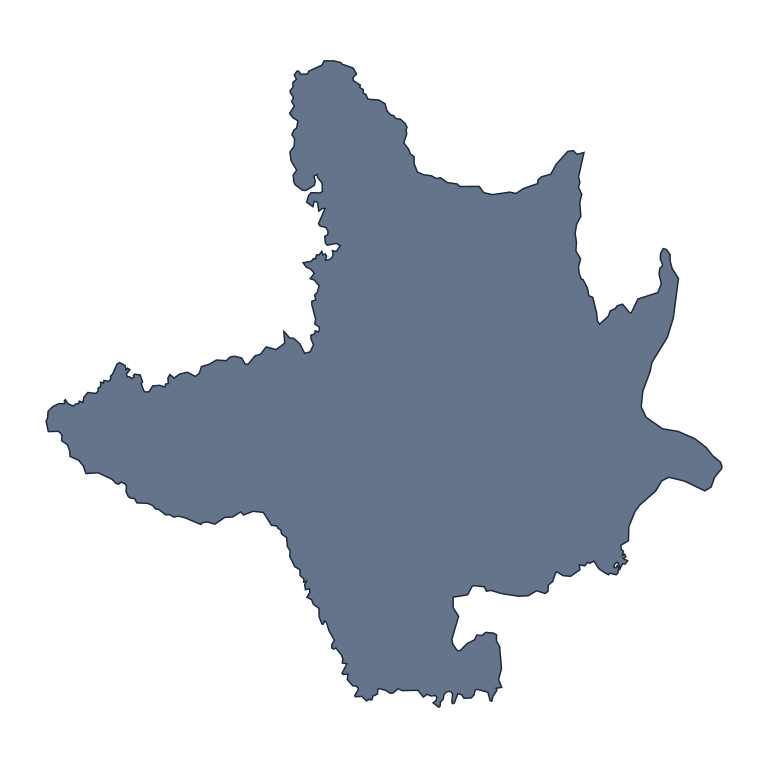 Armero, Tolima, Colombia
{"feature_id": "7082276B14946776938567", "entity_name": "Armero", "entity_type": "district", "adm_level": 2, "iso_a3": "COL", "parent_name": "Colombia", "parent_adm1": "Tolima", "projection": "robinson", "projection_center": [-74.888, 5.016], "detail": "fine", "context": "isolated", "style": "filled", "palette": "slate", "viewbox_px": 768, "rotation_deg": 0, "n_neighbors": 0, "source": "geoboundaries", "source_scale": "gbopen_adm2", "svg_char_len": 6073}
<svg xmlns="http://www.w3.org/2000/svg" viewBox="0 0 768 768"><path d="M668.9,477.3L684.3,481.0L704.8,490.9L711.1,487.1L714.7,477.0L721.6,468.8L721.9,466.0L720.4,462.1L712.7,455.8L706.1,447.4L694.8,438.7L678.2,431.4L662.5,428.8L646.0,417.2L641.2,406.8L642.8,391.3L650.1,371.6L651.9,362.5L667.4,337.2L673.3,318.0L678.5,278.6L672.1,268.4L670.1,260.8L670.2,254.7L666.3,249.4L663.2,248.6L660.5,253.7L660.3,259.0L662.5,264.2L662.0,266.5L659.9,268.1L659.0,273.9L661.3,283.9L657.8,292.6L637.9,299.0L631.2,313.0L629.4,312.5L622.6,304.2L617.1,305.8L615.3,308.6L610.2,310.9L608.3,316.2L599.6,324.2L597.4,320.8L596.6,312.9L592.8,297.4L588.9,295.8L587.4,288.0L583.0,279.5L581.5,279.2L579.2,273.6L578.5,266.8L580.6,258.9L575.9,250.9L576.5,242.3L575.1,233.5L576.7,224.0L580.8,216.4L579.8,202.2L581.8,194.3L578.5,187.3L579.9,182.1L578.5,177.2L584.0,152.5L577.0,154.3L573.3,150.6L567.8,151.4L556.1,164.4L550.8,174.2L541.5,176.8L538.1,179.8L537.6,183.6L523.8,188.4L515.9,193.5L509.9,192.1L492.7,194.6L483.8,192.7L479.2,186.4L459.8,186.5L457.3,184.0L447.4,182.6L440.5,177.8L436.3,178.5L431.5,175.8L423.6,174.7L417.4,172.0L414.1,163.7L414.1,156.8L410.2,153.7L408.7,149.3L403.8,142.8L406.7,134.2L406.1,129.5L407.1,127.3L405.0,123.3L400.3,119.1L395.9,118.6L393.7,115.7L390.2,114.5L386.8,110.4L385.1,103.8L378.8,100.0L368.1,99.2L365.8,94.4L363.1,92.9L363.3,89.6L359.7,87.5L360.3,85.1L353.4,80.6L353.1,77.5L356.5,74.1L353.3,68.1L341.9,64.1L340.8,62.5L333.7,60.9L324.2,60.8L321.9,65.2L308.6,71.2L308.2,73.2L306.7,74.0L301.0,74.4L298.7,71.2L297.0,71.1L294.3,75.0L296.4,79.4L292.9,82.4L293.0,87.2L290.2,90.5L290.2,92.6L293.5,97.5L291.6,101.6L294.4,106.0L289.6,113.3L292.7,117.6L297.9,120.8L296.7,127.9L293.9,130.1L291.9,134.7L294.6,138.9L294.1,146.3L289.9,152.1L291.1,160.8L296.7,170.3L293.2,175.0L293.8,181.9L295.2,184.8L302.4,190.2L305.8,190.5L314.3,185.4L315.3,181.3L314.0,176.1L316.9,174.4L317.7,177.6L322.0,183.0L322.4,191.2L320.5,192.9L310.9,192.7L308.4,196.0L306.7,202.3L312.9,206.7L314.3,201.2L317.5,202.3L318.8,211.1L322.5,208.4L325.0,208.6L318.5,223.6L319.8,225.8L326.2,227.7L327.9,231.1L327.9,234.5L324.8,236.4L325.3,242.7L327.1,245.2L336.2,243.4L340.3,245.6L336.3,251.5L332.4,250.6L333.1,254.9L331.6,258.1L329.1,259.7L325.5,260.0L326.6,256.0L325.3,254.0L322.8,254.7L321.8,251.3L319.0,255.0L316.5,254.8L315.5,259.1L313.5,258.5L311.3,261.3L303.1,262.8L306.3,267.2L310.6,269.0L314.3,273.3L310.2,278.7L314.3,280.0L319.1,286.0L317.1,292.7L314.5,295.1L315.8,299.9L311.8,301.3L311.8,304.6L315.6,319.0L314.8,324.0L319.0,326.9L319.5,330.0L318.3,331.9L315.3,330.8L314.1,334.3L310.9,335.1L311.0,338.9L313.5,344.8L310.2,351.8L304.7,353.4L299.9,343.8L293.6,338.3L289.8,338.0L283.9,331.5L284.7,343.2L276.1,349.6L266.1,346.9L260.6,354.2L255.0,355.9L248.1,364.2L245.2,364.1L241.7,358.0L234.4,356.2L229.9,357.1L226.3,360.7L216.4,360.0L209.4,364.2L201.5,366.6L199.2,373.4L195.3,376.4L187.6,372.3L180.0,373.9L174.1,378.0L169.9,374.5L167.9,378.0L168.3,383.6L165.8,384.0L164.9,387.0L159.7,385.3L152.7,385.9L149.0,391.8L144.9,391.9L143.7,390.6L141.2,383.5L142.6,382.0L140.2,374.9L134.4,374.2L133.5,375.5L134.0,377.3L131.3,378.4L129.3,376.7L127.4,377.0L126.4,374.1L129.9,369.7L127.6,368.2L126.1,369.9L125.1,365.5L119.5,362.5L117.0,364.2L112.4,374.4L110.4,376.2L111.0,378.8L108.5,381.4L103.9,380.4L103.4,383.1L100.6,382.2L100.6,386.5L98.0,388.3L98.1,391.1L95.9,393.4L87.7,392.5L83.8,397.4L83.0,402.4L79.2,401.2L78.6,403.5L75.0,404.3L73.4,406.1L68.5,404.0L65.3,399.7L64.4,400.5L64.7,403.6L59.1,403.6L52.9,406.5L48.1,411.3L47.6,418.0L46.1,421.1L48.3,431.6L58.2,431.3L60.6,433.0L61.9,435.8L61.7,440.8L67.5,444.8L69.8,451.3L70.1,456.5L78.6,460.2L83.3,466.0L85.9,473.5L98.0,472.8L112.0,479.3L116.0,483.4L118.8,484.2L121.0,482.1L125.0,483.8L126.4,486.0L126.1,491.9L128.1,496.3L130.0,497.9L134.5,498.5L136.9,502.9L147.4,503.3L152.4,505.3L155.6,509.0L158.7,509.4L165.9,514.9L169.4,514.6L174.0,517.1L178.2,516.1L184.4,517.6L200.9,524.5L202.5,522.5L207.9,522.1L214.9,524.2L224.8,517.4L232.8,516.9L240.7,511.9L243.6,515.0L252.9,511.3L263.3,512.4L271.5,525.3L276.8,526.0L278.5,528.8L280.7,529.8L281.6,534.1L286.7,537.7L287.4,546.5L290.1,550.8L289.7,556.2L294.7,566.6L299.8,569.6L300.1,575.5L303.9,578.9L303.6,582.1L306.5,581.2L304.6,584.5L305.5,589.8L309.5,588.6L309.7,592.6L306.9,597.3L311.6,599.6L313.3,604.3L319.0,608.4L319.1,616.8L321.8,623.8L323.2,624.3L324.5,620.9L326.5,622.6L329.0,630.8L334.4,640.3L331.8,644.6L331.8,648.0L333.6,649.1L335.9,648.0L341.5,655.1L342.8,658.8L342.3,663.0L346.9,663.7L342.0,673.3L343.3,674.5L347.9,674.0L347.3,679.6L352.8,685.9L355.9,686.0L358.0,687.8L358.2,690.0L354.8,695.3L355.1,696.7L362.0,696.4L366.4,700.9L368.8,699.4L371.8,700.0L373.0,696.1L377.4,694.1L377.9,689.4L379.1,688.6L385.5,690.3L390.3,693.3L393.1,693.0L398.0,688.7L401.9,690.6L418.0,690.3L423.3,697.1L427.1,694.3L430.9,696.0L435.5,695.6L436.9,697.4L436.0,700.6L433.1,702.8L438.7,707.2L440.0,706.4L440.6,701.8L443.3,699.1L443.9,695.0L445.9,692.2L448.8,691.4L451.2,691.9L452.6,694.1L451.8,702.4L452.6,703.7L454.4,703.0L457.8,693.6L461.6,694.8L464.0,698.3L471.3,697.9L474.1,694.9L475.1,690.2L477.0,689.3L487.9,692.3L490.1,700.8L491.9,701.1L492.9,696.5L496.9,690.3L496.2,688.2L501.7,687.4L498.6,679.5L501.5,668.5L499.6,646.6L496.4,640.6L496.6,634.8L493.1,633.0L485.6,632.4L482.1,635.5L476.9,635.0L474.4,639.9L467.2,643.5L460.1,650.7L457.2,650.6L453.0,644.5L451.8,639.6L458.6,616.3L453.2,607.7L453.1,597.2L467.6,594.8L472.0,586.6L473.8,585.6L484.3,586.8L486.4,591.2L490.7,590.4L502.7,593.8L518.5,596.2L528.1,595.8L536.5,590.8L545.2,593.5L548.0,591.3L548.3,585.0L552.7,581.5L555.8,572.4L557.1,572.0L563.3,575.7L570.6,576.3L579.9,569.8L579.3,564.9L585.0,565.8L587.5,562.3L589.8,563.3L593.9,561.1L598.9,568.8L604.2,572.4L608.6,574.8L609.9,573.2L616.3,574.8L618.1,572.6L618.2,570.1L619.7,569.6L617.3,565.6L615.9,567.8L613.8,567.3L614.7,563.9L617.4,562.1L620.4,567.9L622.7,563.7L625.1,564.1L627.7,560.8L623.2,558.5L625.8,556.7L624.6,554.1L622.4,555.4L623.4,551.3L621.3,549.5L620.8,545.2L628.4,540.9L628.9,526.5L635.1,511.4L639.5,505.3L655.7,491.0L661.8,480.8L668.9,477.3Z" fill="#64748b" stroke="#1e293b" stroke-width="1.5"/></svg>